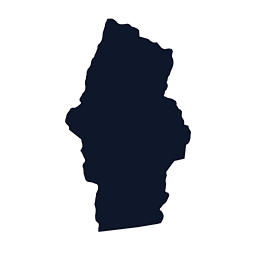 Bonito, Bahia, Brazil, rotated 7°
{"feature_id": "56859067B59206206235036", "entity_name": "Bonito", "entity_type": "district", "adm_level": 2, "iso_a3": "BRA", "parent_name": "Brazil", "parent_adm1": "Bahia", "projection": "robinson", "projection_center": [-41.324, -11.969], "detail": "fine", "context": "isolated", "style": "filled", "palette": "ink", "viewbox_px": 256, "rotation_deg": 7, "n_neighbors": 0, "source": "geoboundaries", "source_scale": "gbopen_adm2", "svg_char_len": 2810}
<svg xmlns="http://www.w3.org/2000/svg" viewBox="0 0 256 256"><g transform="rotate(7 128 128)"><path d="M174.4,101.7L172.6,99.8L172.5,97.6L171.6,95.9L169.8,95.2L168.5,94.5L165.9,94.1L163.7,94.1L161.7,93.2L159.5,92.8L158.7,91.7L159.4,89.3L159.4,86.6L160.7,85.2L161.2,83.5L161.7,81.9L161.4,80.4L159.8,78.1L160.6,75.9L160.6,74.3L160.9,72.1L162.3,69.6L162.6,67.5L162.9,65.8L163.7,63.6L164.3,61.1L164.5,58.9L164.3,56.9L163.6,54.3L162.3,52.3L162.0,50.6L162.1,48.7L162.5,46.8L161.5,45.1L159.1,44.8L156.6,45.5L154.8,46.1L153.2,45.8L151.0,44.9L146.1,40.3L144.2,40.7L142.1,40.7L140.3,39.9L138.6,39.1L137.0,37.9L135.0,37.6L132.5,37.2L130.1,36.8L128.1,36.9L127.2,34.8L126.9,32.5L126.4,30.1L124.9,29.0L123.5,28.5L121.9,28.0L119.9,27.9L118.4,27.1L116.8,25.8L115.2,25.3L113.2,25.7L111.2,26.3L109.7,26.5L107.4,26.7L105.5,26.3L103.8,25.1L102.7,24.0L100.6,22.8L99.2,22.2L97.2,22.3L94.7,22.9L94.2,25.3L93.3,27.6L93.4,29.9L92.9,32.1L92.6,34.0L92.1,36.6L92.2,38.6L92.3,40.4L92.2,42.0L92.0,43.9L91.0,46.4L90.2,47.8L89.1,49.0L88.5,50.7L88.8,52.4L88.3,54.3L87.9,56.2L87.5,57.7L86.8,59.4L86.5,61.9L84.9,63.8L84.1,66.2L84.1,68.2L83.9,70.4L83.1,72.5L81.6,74.7L80.9,77.5L81.1,80.4L80.8,82.6L81.0,84.1L80.5,86.4L80.6,89.3L81.5,92.0L81.5,93.7L81.6,95.7L80.8,97.6L79.1,99.9L78.7,101.9L77.8,103.4L77.1,105.2L77.5,106.7L79.3,108.2L78.7,110.2L76.8,112.2L74.9,114.0L72.8,115.3L71.1,115.2L69.2,116.2L68.3,118.5L67.0,120.5L66.1,122.7L66.0,125.2L65.6,127.1L65.5,129.1L66.7,130.8L68.0,131.7L70.1,133.7L70.4,136.4L83.6,144.5L84.3,146.9L85.3,149.5L85.8,152.2L85.2,154.3L84.3,156.2L85.7,157.6L87.0,159.6L88.2,161.8L89.6,163.7L90.3,165.7L89.6,167.8L88.5,169.2L88.2,171.3L89.3,173.6L89.9,176.3L90.3,178.6L91.2,180.6L91.8,182.1L92.4,183.6L93.6,185.0L95.1,185.6L96.8,185.6L98.5,185.6L101.0,186.1L102.9,186.6L104.5,186.9L106.1,188.8L106.4,191.5L106.3,193.2L105.8,195.1L105.0,197.1L105.3,198.9L105.0,201.0L105.0,203.5L105.0,205.1L104.7,207.7L105.8,210.3L106.5,212.1L106.8,214.2L106.9,216.3L106.8,219.0L107.2,221.4L107.8,223.3L108.9,224.4L110.8,225.5L111.7,227.7L111.7,229.4L111.5,231.3L111.9,233.8L150.0,224.4L168.7,218.9L171.6,217.8L172.4,216.1L173.2,213.6L173.4,211.2L172.8,209.6L171.9,208.3L170.5,206.7L168.6,206.1L168.9,203.5L170.3,201.9L171.1,200.2L172.2,198.8L173.5,197.5L174.5,196.0L175.0,194.6L175.7,192.3L176.4,190.2L175.6,188.2L173.3,187.7L171.7,186.4L171.9,184.7L172.0,182.9L171.9,181.0L171.9,178.7L171.2,177.1L170.9,174.8L171.1,172.4L171.6,170.5L171.1,169.1L170.4,167.0L175.6,157.7L177.7,154.4L185.7,151.5L187.1,151.0L186.9,137.2L188.5,136.2L189.7,134.6L190.2,132.5L190.5,130.1L190.2,128.0L190.3,126.1L190.2,124.3L189.1,122.9L187.8,121.3L187.1,119.1L184.1,118.7L182.4,118.1L182.4,115.7L181.9,113.9L180.5,112.3L179.2,110.3L178.9,107.5L178.9,105.4L177.5,104.0L175.5,103.5L174.4,101.7Z" fill="#0f172a" stroke="#020617" stroke-width="1.5"/></g></svg>